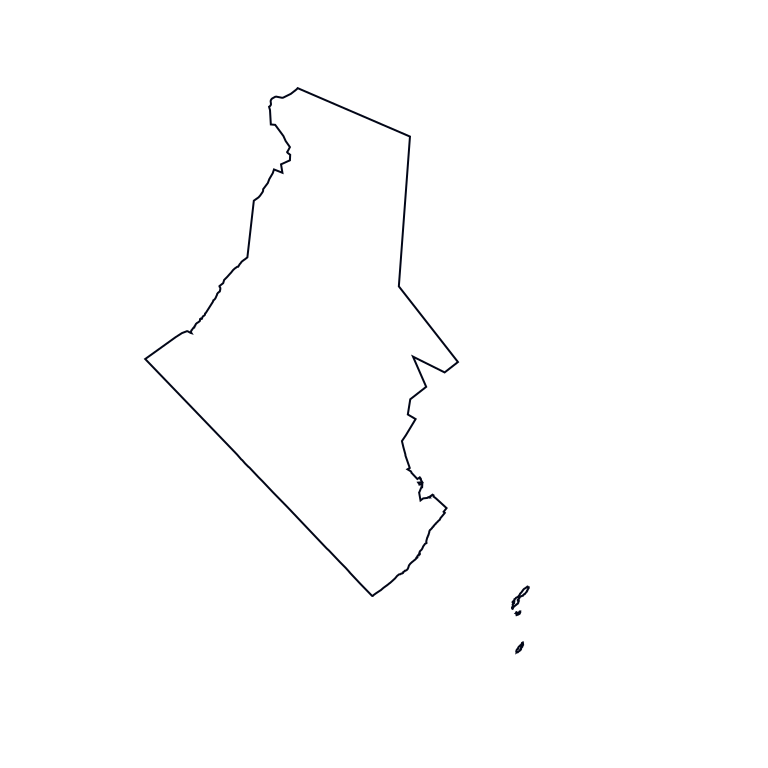 Tijuana, Baja California, Mexico (orthographic projection), rotated 232°
{"feature_id": "50627088B36536609271858", "entity_name": "Tijuana", "entity_type": "district", "adm_level": 2, "iso_a3": "MEX", "parent_name": "Mexico", "parent_adm1": "Baja California", "projection": "orthographic", "projection_center": [-117.002, 32.378], "detail": "fine", "context": "isolated", "style": "outline", "palette": "ink", "viewbox_px": 768, "rotation_deg": 232, "n_neighbors": 0, "source": "geoboundaries", "source_scale": "gbopen_adm2", "svg_char_len": 5954}
<svg xmlns="http://www.w3.org/2000/svg" viewBox="0 0 768 768"><g transform="rotate(232 384 384)"><path d="M563.0,556.8L670.3,498.1L670.0,496.6L670.0,489.2L671.7,481.0L671.9,480.5L672.4,479.8L676.8,476.0L677.0,475.6L677.3,475.1L677.8,471.8L677.8,471.0L677.3,469.6L676.7,468.8L674.2,467.3L673.7,466.8L673.4,466.2L673.2,465.5L673.2,464.1L670.0,462.8L658.2,454.6L655.2,457.8L641.3,457.4L636.0,456.1L628.6,455.7L626.8,451.7L626.6,450.8L626.3,450.4L625.3,450.4L622.4,451.2L618.2,447.6L620.5,438.1L613.0,434.0L620.8,429.4L618.6,426.1L616.1,419.8L613.9,416.2L611.9,408.7L610.6,407.6L610.0,406.5L608.7,402.3L608.3,400.0L608.6,394.3L567.9,354.3L567.9,350.7L568.0,350.0L568.0,347.1L567.4,345.1L567.3,344.2L566.2,341.3L566.7,340.6L566.8,339.7L566.8,338.6L566.9,337.8L566.7,335.2L565.9,332.0L565.7,330.6L564.9,326.2L564.4,322.1L562.5,319.4L562.5,314.9L562.5,314.7L562.0,314.3L560.9,314.3L560.2,314.0L559.0,312.9L558.9,312.5L558.0,311.6L558.1,310.7L558.0,310.1L558.1,309.4L557.6,307.8L557.1,307.4L556.7,306.5L555.5,304.3L555.1,303.2L554.9,302.0L555.0,301.0L554.5,300.5L554.4,300.1L554.1,299.7L550.0,288.2L549.7,287.4L549.7,286.4L548.8,285.5L548.6,284.3L548.8,283.3L548.6,282.5L548.2,281.7L547.5,280.7L547.5,280.4L548.3,280.1L548.4,279.9L548.3,279.5L548.4,279.0L547.2,277.9L547.0,277.5L547.0,275.6L547.2,274.3L547.1,272.8L546.6,271.6L546.2,271.2L546.2,270.5L545.7,269.9L545.8,269.5L545.3,269.1L545.5,268.2L545.5,267.7L544.9,266.2L544.9,265.5L544.4,264.5L543.9,264.1L543.6,263.7L542.6,263.6L543.3,263.1L546.3,261.8L546.9,261.3L548.5,256.2L549.2,248.6L550.7,211.2L418.8,224.8L412.4,225.1L411.3,225.4L407.0,225.6L402.0,226.2L401.9,226.3L401.0,226.5L387.9,227.7L382.1,228.4L367.2,229.8L346.7,232.1L289.6,237.6L286.8,238.1L271.1,239.6L262.7,240.6L257.0,241.0L256.9,240.9L241.4,242.3L224.9,244.1L224.3,244.2L223.9,244.7L224.1,245.7L224.0,248.8L223.6,253.9L223.5,254.5L223.7,258.0L223.6,261.3L223.5,262.3L223.6,263.0L223.5,263.6L223.6,265.7L223.5,266.3L224.0,273.0L224.7,276.2L224.7,278.7L224.0,279.8L224.0,281.0L223.5,281.7L223.4,282.7L223.9,283.2L224.0,283.8L223.8,284.3L223.7,285.0L224.0,285.5L223.5,286.6L223.4,287.2L223.6,288.7L224.4,290.2L225.7,292.0L225.9,293.0L226.2,293.9L226.4,296.3L226.5,301.3L226.7,301.8L227.2,302.5L227.3,303.2L226.7,303.3L226.7,303.5L227.5,303.8L228.0,304.9L228.0,305.3L227.7,305.7L228.0,305.9L227.9,306.2L228.1,306.2L228.3,306.6L228.3,306.9L227.9,307.0L227.9,307.3L228.2,307.3L228.3,307.5L228.6,307.2L228.7,307.3L228.9,307.7L228.9,308.1L229.5,308.3L230.1,309.5L230.3,311.6L230.7,312.7L231.1,313.5L231.9,314.9L232.8,318.0L232.7,318.6L232.5,319.3L232.5,319.6L233.8,320.3L234.6,321.2L236.4,323.6L236.4,323.9L237.2,325.0L237.3,325.6L237.8,326.1L238.0,326.6L238.5,327.2L239.3,328.4L239.9,328.9L240.4,329.8L240.6,330.2L240.5,330.6L240.7,331.6L240.8,332.9L241.2,333.7L241.2,334.8L241.3,335.3L241.6,335.6L241.6,336.3L241.9,337.2L242.0,338.0L241.9,338.4L242.2,339.0L242.4,341.0L242.4,341.4L242.6,342.1L242.7,343.1L242.7,344.4L243.5,345.8L245.0,352.6L246.6,352.3L247.7,356.9L261.9,354.5L264.0,354.0L264.8,353.7L265.7,354.5L266.9,354.1L267.0,351.4L266.8,351.4L266.9,350.2L266.7,350.2L267.0,349.9L266.7,349.7L267.6,348.8L267.6,347.9L269.7,344.5L269.8,341.1L276.9,344.9L277.1,345.5L279.2,349.1L279.2,349.7L279.6,350.0L279.2,350.5L281.5,352.5L281.8,352.2L281.5,352.0L282.9,350.0L283.2,350.2L285.2,350.3L283.0,353.7L286.5,354.1L286.3,354.5L286.7,354.7L288.4,354.7L288.4,354.2L288.6,351.8L297.1,351.0L297.3,351.2L298.6,351.4L302.3,350.0L302.0,352.6L314.3,356.8L315.4,357.5L322.1,360.3L328.0,363.0L330.2,369.8L336.9,387.3L345.3,384.0L355.8,395.3L355.8,415.5L387.7,423.7L355.8,438.9L355.8,455.8L451.8,455.8L563.0,556.8ZM131.5,352.1L131.2,351.6L131.3,351.2L131.2,351.2L131.1,350.8L131.3,350.4L131.1,349.7L130.7,349.6L130.0,349.1L129.3,348.0L129.1,347.3L128.2,346.7L127.6,346.9L127.6,347.1L128.3,348.1L128.5,348.7L128.5,349.2L128.6,350.0L128.6,352.2L128.7,352.3L128.6,353.0L128.7,353.4L128.6,353.8L128.8,353.9L128.8,354.8L129.0,354.9L129.2,355.4L129.3,355.5L129.5,355.8L129.8,356.3L130.0,356.7L130.3,356.6L130.4,356.1L130.5,356.0L130.8,356.0L131.5,356.5L131.7,357.8L131.6,358.1L131.8,358.3L132.0,359.0L132.3,359.3L132.5,360.0L132.1,362.3L131.9,362.9L131.7,363.0L132.0,363.8L131.9,364.5L132.1,365.2L131.8,365.6L131.9,366.0L132.4,367.9L132.4,368.6L132.7,369.0L132.9,369.2L132.8,369.5L133.4,370.4L133.4,370.6L133.6,370.9L133.7,371.2L133.8,371.2L134.1,372.0L134.4,372.4L134.3,372.5L134.6,372.8L134.9,372.4L135.2,372.5L135.4,372.4L135.8,372.5L136.1,372.3L136.0,371.7L136.1,370.6L136.0,370.1L136.3,368.6L136.2,367.4L136.0,366.9L136.0,366.4L135.6,365.6L135.6,365.2L135.2,364.1L135.0,362.2L134.4,361.1L134.1,359.9L133.9,359.7L133.9,358.6L133.7,358.4L134.2,356.8L134.2,356.1L133.9,355.4L134.1,354.3L133.6,353.9L133.6,353.7L133.3,353.0L133.2,351.5L133.0,351.0L132.7,351.0L132.5,351.6L132.1,352.5L131.8,352.2L131.2,352.3L131.5,352.1ZM91.3,323.6L90.9,323.2L90.9,323.5L90.3,324.0L90.2,324.4L90.4,325.0L90.3,326.0L90.6,327.0L90.6,327.6L90.4,327.6L90.5,328.0L90.4,328.3L90.7,328.8L90.8,328.9L90.9,328.7L91.2,329.0L91.3,328.8L91.7,329.5L91.7,329.8L91.9,329.7L92.0,329.9L91.9,330.1L92.1,330.4L92.0,330.6L92.1,330.8L92.0,331.2L92.2,331.3L92.3,332.0L92.5,332.2L92.7,332.8L92.8,332.8L92.9,332.6L93.1,333.2L93.5,333.3L94.1,333.9L94.4,333.7L94.7,334.1L94.9,334.2L95.0,333.5L94.6,333.3L94.7,332.9L94.3,332.2L94.1,331.4L94.2,330.5L94.0,330.0L94.0,328.7L93.8,327.9L93.3,326.9L92.9,326.8L92.9,326.5L92.8,326.4L93.0,325.7L92.9,325.3L92.8,325.1L92.7,324.7L92.1,324.0L92.0,323.7L91.7,323.5L91.3,323.6ZM120.8,347.6L120.6,346.7L120.2,346.4L119.6,348.1L119.6,348.8L119.8,348.7L119.5,349.0L119.5,349.4L119.8,349.4L119.9,349.8L120.1,349.6L120.6,351.0L120.8,351.0L121.0,351.3L121.1,351.2L121.0,350.9L120.9,350.4L121.1,350.3L121.0,349.9L120.8,349.8L121.0,348.9L120.9,348.4L121.1,347.7L121.4,347.6L122.5,348.0L122.7,347.9L122.7,347.7L122.4,347.6L122.3,347.1L122.0,347.5L121.4,347.5L121.3,346.9L121.1,346.7L121.0,346.9L121.2,347.4L120.8,347.6Z" fill="none" stroke="#020617" stroke-width="2"/></g></svg>